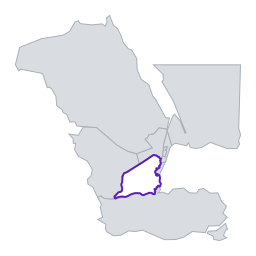 Syria and the surrounding countries, rotated 180°
{"feature_id": "SYR", "entity_name": "Syria", "entity_type": "country or territory", "adm_level": 0, "iso_a3": "SYR", "parent_name": "Asia", "parent_adm1": "", "projection": "natural_earth1", "projection_center": [38.0, 34.807], "detail": "fine", "context": "with_neighbors", "style": "outline", "palette": "violet", "viewbox_px": 256, "rotation_deg": 180, "n_neighbors": 8, "source": "natural_earth", "source_scale": "50m", "svg_char_len": 4840}
<svg xmlns="http://www.w3.org/2000/svg" viewBox="0 0 256 256"><g transform="rotate(180 128 128)"><path d="M95.5,92.6L93.5,100.3L90.9,99.1L89.3,104.9L91.1,105.9L89.3,107.1L89.0,109.4L92.3,108.2L92.5,111.6L88.8,125.6L84.2,110.6L86.3,107.7L90.3,94.3L95.5,92.6Z" fill="#d9dde1" stroke="#a8b0b8" stroke-width="1"/><path d="M95.5,92.6L90.5,94.2L96.8,80.6L100.0,81.1L101.1,84.5L97.2,87.8L95.5,92.6Z" fill="#d9dde1" stroke="#a8b0b8" stroke-width="1"/><path d="M92.3,108.2L89.0,109.4L89.3,107.1L91.1,105.9L89.3,104.9L90.9,99.1L93.5,100.3L92.3,108.2Z" fill="#d9dde1" stroke="#a8b0b8" stroke-width="1"/><path d="M93.5,100.3L94.7,97.5L102.6,101.0L116.6,91.7L119.5,102.3L103.8,108.1L111.0,116.8L108.6,118.3L107.4,121.2L101.9,122.4L97.0,128.3L89.0,126.9L88.8,125.6L92.5,111.6L93.5,100.3Z" fill="#d9dde1" stroke="#a8b0b8" stroke-width="1"/><path d="M119.5,102.3L116.6,91.7L132.3,82.6L134.8,72.0L134.1,65.7L137.9,63.5L141.5,58.1L144.4,56.7L152.6,57.8L155.1,60.1L158.4,58.6L163.2,69.0L167.9,71.6L168.6,76.7L165.1,79.7L163.6,86.5L168.7,94.9L177.5,99.6L181.4,106.3L180.4,112.6L182.7,112.6L182.9,117.3L187.0,121.9L177.8,120.7L172.7,129.1L159.3,128.4L138.8,110.8L128.1,104.7L119.5,102.3Z" fill="#d9dde1" stroke="#a8b0b8" stroke-width="1"/><path d="M158.4,58.6L155.1,60.1L152.6,57.8L144.4,56.7L129.7,59.3L121.7,62.6L115.9,62.6L112.1,60.9L104.4,63.4L102.1,61.7L101.7,66.5L97.9,70.4L95.4,66.4L98.0,63.1L93.8,63.9L87.9,61.9L83.0,66.9L72.3,67.9L66.7,63.2L59.1,62.9L57.4,66.5L52.5,67.5L45.9,62.9L38.2,63.1L34.3,54.4L29.4,49.6L33.1,42.8L28.8,38.6L36.8,30.3L47.5,30.0L50.6,23.4L63.7,24.5L72.1,18.9L80.2,16.5L91.5,16.3L113.4,25.8L121.4,24.4L127.3,25.2L135.4,20.7L142.7,20.3L149.5,24.5L150.7,27.6L150.1,31.8L158.1,36.5L153.4,38.9L155.8,48.9L154.5,51.6L158.4,58.6ZM29.3,18.2L36.4,15.4L42.3,16.6L43.0,19.9L48.9,22.7L47.6,24.8L39.4,25.3L30.4,32.7L28.5,26.8L30.2,25.9L32.6,20.4L29.3,18.2Z" fill="#d9dde1" stroke="#a8b0b8" stroke-width="1"/><path d="M89.0,126.9L97.0,128.3L101.9,122.4L107.4,121.2L108.6,118.3L111.0,116.8L103.8,108.1L119.5,102.3L128.1,104.7L138.8,110.8L159.3,128.4L179.2,130.0L181.1,134.2L186.2,133.9L189.2,141.5L192.8,143.5L194.1,146.5L199.2,150.2L200.1,159.7L204.4,167.2L206.7,168.9L208.7,168.3L213.5,182.5L235.7,186.9L237.1,185.0L240.6,191.2L236.3,208.7L214.3,217.4L193.1,220.8L186.3,224.7L181.1,233.9L177.7,235.3L175.8,232.4L164.4,231.1L153.9,232.1L150.8,229.8L148.9,234.1L149.7,237.8L146.4,240.6L142.6,230.7L138.7,227.6L134.8,220.3L132.7,213.2L127.5,207.2L124.2,205.7L119.3,197.4L118.8,186.2L114.6,176.5L107.2,171.3L103.2,159.7L101.1,157.8L90.2,138.2L86.6,138.2L89.0,126.9Z" fill="#d9dde1" stroke="#a8b0b8" stroke-width="1"/><path d="M102.6,191.2L15.5,191.2L17.3,127.9L15.4,120.9L17.4,115.5L16.4,111.7L19.1,107.5L28.7,107.4L45.8,113.6L54.4,108.4L60.7,107.6L65.8,108.7L67.7,113.1L69.4,110.2L80.7,112.8L84.2,110.6L88.8,125.6L83.1,140.3L81.4,141.8L75.8,135.1L70.9,122.6L70.1,123.3L82.7,155.0L94.1,174.4L92.6,175.9L92.9,181.6L102.6,191.2Z" fill="#d9dde1" stroke="#a8b0b8" stroke-width="1"/><path d="M96.1,69.5L96.6,69.6L97.8,70.3L98.0,70.2L98.3,69.3L98.6,69.0L99.3,68.8L99.5,67.3L99.9,67.0L100.2,66.9L100.9,66.8L101.4,66.8L101.4,66.5L100.7,64.8L100.8,64.4L101.1,62.7L101.3,62.0L101.5,61.8L102.4,61.9L103.5,62.2L103.8,62.7L104.4,63.1L105.3,63.1L106.2,63.2L107.0,63.2L107.6,62.9L109.0,62.3L109.7,62.1L110.3,61.9L112.3,60.9L113.1,61.0L113.7,61.1L114.1,61.3L115.0,61.9L115.8,62.6L116.4,62.8L117.3,62.7L118.8,62.9L120.5,62.9L121.5,62.7L122.8,62.4L125.1,61.6L128.2,60.0L129.9,59.2L130.7,59.1L131.7,59.1L132.7,59.3L133.9,59.5L134.4,59.5L135.6,59.3L137.2,59.0L138.2,58.7L139.4,58.3L140.2,57.6L140.4,57.5L140.7,57.6L140.9,57.7L141.2,58.1L141.5,59.1L141.5,59.5L140.7,60.4L139.6,61.6L138.9,62.3L137.6,63.6L136.6,63.9L135.0,64.3L134.5,64.7L134.1,65.5L133.9,66.4L133.8,67.0L133.8,68.2L134.2,69.3L134.6,70.5L134.7,71.2L134.6,71.9L134.3,72.7L133.9,73.8L133.7,75.0L133.6,77.3L133.6,79.2L133.6,79.5L132.9,80.9L132.1,82.5L131.8,82.9L130.0,83.4L128.1,84.5L126.0,85.8L124.1,87.0L122.1,88.3L120.0,89.6L118.5,90.5L116.5,91.8L114.6,92.9L112.8,94.1L111.4,95.1L109.2,96.5L108.0,97.3L106.1,98.6L104.5,99.7L102.5,101.0L100.1,100.6L99.4,100.4L98.7,99.8L98.3,99.4L97.1,99.1L96.4,97.9L96.0,97.5L95.2,97.3L95.5,96.6L95.6,96.1L95.9,95.5L95.7,95.1L95.6,94.3L95.5,94.1L95.4,93.8L95.5,93.6L95.5,93.3L95.4,93.2L95.3,92.8L95.2,92.5L95.3,92.1L95.4,91.8L95.6,91.4L95.8,91.2L96.1,90.9L96.2,90.6L96.5,90.3L96.9,90.1L97.0,89.9L96.9,89.8L96.6,89.6L96.4,89.2L96.5,88.6L96.7,88.4L96.9,88.2L97.4,87.7L97.8,87.7L98.2,87.7L98.8,87.7L99.2,87.8L99.4,87.7L98.8,87.2L98.7,86.9L98.9,86.6L99.3,86.2L99.8,85.8L100.0,85.8L100.6,85.1L100.9,84.3L100.4,82.5L100.0,82.2L99.5,81.9L99.1,81.9L99.6,81.3L99.9,80.9L99.5,80.5L98.9,80.3L98.7,80.7L97.9,80.8L96.6,80.8L96.1,78.8L96.0,78.0L96.1,77.0L96.4,75.6L96.3,74.9L96.3,74.5L96.2,73.9L95.2,72.5L95.7,70.1L96.1,69.5Z" fill="none" stroke="#5b21b6" stroke-width="2"/></g></svg>